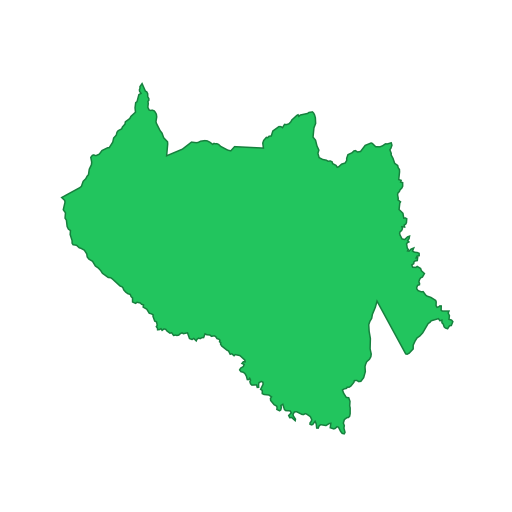 Paraúna, Goiás, Brazil (Natural Earth projection), rotated 348°
{"feature_id": "56859067B65440720540054", "entity_name": "Paraúna", "entity_type": "district", "adm_level": 2, "iso_a3": "BRA", "parent_name": "Brazil", "parent_adm1": "Goiás", "projection": "natural_earth1", "projection_center": [-50.607, -17.053], "detail": "fine", "context": "isolated", "style": "filled", "palette": "green", "viewbox_px": 512, "rotation_deg": 348, "n_neighbors": 0, "source": "geoboundaries", "source_scale": "gbopen_adm2", "svg_char_len": 6102}
<svg xmlns="http://www.w3.org/2000/svg" viewBox="0 0 512 512"><g transform="rotate(348 256 256)"><path d="M428.3,367.0L430.8,364.5L432.6,364.6L434.9,361.1L433.9,359.3L431.6,358.1L432.8,354.5L432.1,351.8L433.3,350.0L426.8,348.6L425.8,347.5L426.8,343.4L425.5,343.0L424.2,343.7L422.4,343.9L421.8,341.9L422.7,338.4L422.5,336.8L418.5,332.9L415.0,330.8L413.9,329.6L412.1,325.6L410.2,325.4L407.3,323.5L406.4,321.6L406.7,320.1L408.0,318.3L409.9,318.1L410.3,316.7L409.9,315.2L411.1,313.0L412.5,311.6L414.4,311.2L417.1,308.2L414.7,304.8L414.4,302.4L411.5,299.7L410.2,300.4L406.9,299.6L406.5,297.1L408.7,296.3L409.1,294.8L410.6,293.9L412.8,294.0L413.8,291.2L412.3,291.1L413.5,289.6L415.7,289.6L416.1,287.3L414.4,286.1L411.9,285.3L410.1,283.7L411.9,281.0L409.1,281.5L406.7,283.1L405.3,282.5L406.3,281.3L405.6,279.8L405.8,275.4L406.8,274.5L408.5,274.0L407.5,272.4L409.3,270.9L410.3,268.5L408.2,268.8L404.9,270.8L402.4,269.7L401.2,265.3L401.2,263.5L402.1,262.1L403.6,261.5L404.9,259.8L404.8,257.7L407.4,258.6L407.4,256.5L409.1,255.9L410.1,254.6L411.2,250.9L409.9,249.8L408.4,249.7L408.6,244.8L405.6,240.3L407.7,234.0L408.6,233.1L406.6,230.7L407.1,229.1L407.2,225.5L408.0,223.8L409.6,222.8L410.7,221.2L412.7,219.9L414.0,218.2L414.7,214.7L412.8,213.8L413.7,212.2L411.5,210.9L413.9,203.6L414.3,201.2L413.4,199.2L413.4,196.9L410.9,194.2L410.3,189.0L409.2,185.2L409.6,183.7L409.0,179.9L410.3,178.7L412.0,175.9L411.8,173.4L407.8,173.7L405.9,173.2L402.8,174.5L399.9,175.0L395.8,174.0L393.2,170.1L392.1,169.4L385.8,170.5L380.0,175.5L376.9,175.4L375.2,173.6L373.6,173.6L371.4,175.0L367.0,176.0L365.0,179.3L364.6,181.4L362.5,183.6L358.9,183.9L355.5,185.9L353.9,186.1L353.1,184.0L350.2,181.6L350.0,179.7L348.4,178.5L346.2,178.3L344.7,176.9L341.2,175.4L338.2,172.9L337.9,168.4L339.5,165.5L338.5,161.0L338.3,155.1L336.5,151.6L339.3,142.7L341.9,138.7L342.8,133.2L342.6,130.1L342.1,128.3L341.2,126.8L337.6,126.6L336.1,127.3L328.7,127.3L326.9,128.3L326.5,126.6L325.1,127.0L319.3,130.4L318.1,131.9L315.6,133.6L313.0,133.8L311.3,133.2L308.6,136.0L307.2,134.6L305.3,134.2L298.5,137.2L295.9,141.8L293.6,141.6L292.1,142.7L290.8,142.1L287.5,144.6L286.1,147.0L285.7,152.0L257.8,144.6L253.2,147.9L250.4,146.6L244.2,141.4L242.6,139.1L241.0,138.0L239.4,137.8L238.3,137.1L236.9,137.8L234.4,135.0L232.1,133.2L229.9,132.5L225.7,132.2L223.1,132.9L221.2,132.8L216.6,131.2L206.2,136.2L189.4,139.4L192.9,128.1L193.2,125.9L190.3,121.2L189.6,116.2L188.2,113.3L186.1,105.3L186.1,103.7L187.8,99.3L188.0,96.6L187.3,94.3L186.6,92.9L184.9,91.8L182.9,91.7L181.8,90.9L181.1,88.0L182.3,84.5L182.4,82.3L183.5,81.5L183.9,79.9L183.2,77.7L183.8,74.8L183.2,72.6L182.1,71.8L180.4,63.7L177.7,66.2L177.4,67.9L176.5,69.2L176.4,70.8L177.4,73.0L175.0,73.8L171.7,80.3L170.2,81.0L168.5,85.9L168.0,90.3L162.7,93.4L161.1,95.3L156.1,97.6L155.3,99.7L152.1,102.1L151.1,103.7L147.2,104.8L145.8,106.0L144.4,108.8L141.3,111.0L139.6,114.8L135.0,119.5L133.3,119.3L127.3,120.8L123.9,123.8L120.7,124.5L119.5,124.3L118.4,123.4L116.9,123.5L114.9,125.2L114.8,130.1L114.0,132.5L111.0,136.4L109.0,141.7L107.4,142.8L105.6,145.0L102.5,147.0L99.7,151.6L97.9,152.5L78.1,158.4L80.4,161.8L80.4,163.6L77.1,170.7L78.6,174.1L77.1,179.3L78.0,181.5L77.4,187.9L78.1,190.7L79.8,192.5L78.7,196.4L79.3,202.8L78.8,205.2L79.4,206.9L82.7,208.2L84.8,211.2L86.3,212.0L89.3,214.6L90.9,218.8L90.7,221.8L91.9,224.3L95.0,227.2L96.8,232.4L99.2,234.9L101.0,237.8L102.2,241.0L107.0,246.3L109.3,247.0L110.7,248.5L116.8,257.1L118.5,258.2L119.2,259.3L119.6,261.7L121.1,264.3L122.9,266.3L125.0,267.4L125.4,269.8L126.5,271.3L125.7,275.3L128.4,277.3L130.0,276.5L133.1,277.9L134.0,279.4L135.8,280.4L135.0,282.5L138.1,285.3L139.7,289.8L141.7,290.8L143.2,292.3L142.7,293.6L143.4,298.6L145.0,299.8L145.0,303.2L143.8,304.4L144.6,305.9L144.4,307.7L146.4,307.9L147.9,307.3L148.7,309.2L150.8,308.2L152.5,309.0L153.3,310.8L155.8,313.6L157.5,313.5L158.9,316.6L160.9,316.6L162.1,317.3L164.0,317.3L165.9,316.2L167.7,315.8L168.8,316.9L173.0,316.9L173.8,322.9L176.1,324.4L178.0,323.7L179.9,326.6L180.8,325.3L182.7,324.4L184.3,325.2L186.1,324.6L187.8,324.9L190.0,321.5L191.5,322.8L194.5,323.7L195.7,325.3L198.6,325.4L199.8,326.5L200.7,328.7L202.3,329.6L203.2,330.8L202.5,332.3L203.5,333.4L203.0,334.9L203.8,337.0L208.2,342.3L209.4,343.1L210.3,346.7L212.0,346.6L213.8,349.0L215.2,348.1L219.6,350.1L223.4,355.4L223.4,357.2L221.6,356.8L219.9,358.2L221.9,359.6L220.6,361.5L217.7,362.5L216.3,364.0L217.2,366.0L219.4,367.1L220.7,368.6L221.6,371.4L221.8,375.1L223.2,375.4L224.4,374.3L224.9,376.3L223.9,377.7L224.1,379.9L225.1,381.4L229.7,382.2L229.9,384.8L231.3,385.0L231.9,382.0L232.6,380.5L235.1,379.8L236.5,380.9L236.3,382.9L232.8,387.4L234.2,388.8L233.5,391.9L235.0,393.1L239.6,394.6L241.9,397.0L240.5,398.3L240.3,400.4L242.8,405.2L245.0,407.1L245.1,408.8L244.5,410.4L246.9,412.3L248.2,411.7L249.3,409.4L249.3,407.4L251.4,406.6L251.9,412.1L252.9,413.4L257.1,414.5L257.9,416.7L254.8,418.8L255.4,421.2L257.3,421.4L260.1,425.2L260.7,423.8L259.3,420.2L259.3,418.5L261.2,416.5L263.4,416.8L268.0,420.5L269.6,421.0L271.3,420.4L272.6,421.1L275.7,424.3L276.5,427.5L275.7,429.2L274.3,430.3L273.8,431.7L275.1,432.7L276.5,432.6L279.4,430.0L280.0,432.7L279.6,436.9L281.1,437.3L282.3,435.4L284.2,434.4L289.2,436.4L292.7,435.1L294.4,435.2L292.9,439.4L296.1,441.3L297.7,441.1L299.8,439.8L301.1,440.7L302.3,445.2L303.4,447.4L305.3,448.3L306.4,447.0L306.2,442.6L307.1,440.3L306.7,437.6L308.4,434.4L311.4,433.0L312.7,433.2L314.2,432.3L315.3,429.8L316.5,424.2L316.5,422.0L317.7,417.7L317.2,413.9L314.9,413.1L313.2,408.4L312.7,405.0L314.6,404.3L317.0,404.3L317.9,403.3L319.8,403.7L321.8,402.9L325.5,399.9L326.3,398.3L328.8,398.7L330.3,400.2L332.5,400.4L336.0,397.4L338.9,391.8L339.6,386.9L340.7,384.7L342.3,382.4L345.5,380.6L347.4,378.4L348.3,375.9L348.3,370.5L350.7,360.6L351.0,353.2L352.0,346.6L353.8,343.6L356.2,341.0L357.7,337.3L362.1,330.9L365.0,325.3L382.1,382.9L383.4,383.5L385.6,382.9L390.4,379.6L391.2,375.9L393.9,372.3L396.5,369.6L399.6,368.3L403.1,365.8L410.4,357.8L412.3,357.1L413.9,355.8L421.4,355.2L422.5,357.6L424.5,357.4L424.0,360.0L425.0,361.6L425.3,364.4L426.3,365.8L428.3,367.0Z" fill="#22c55e" stroke="#15803d" stroke-width="1.5"/></g></svg>